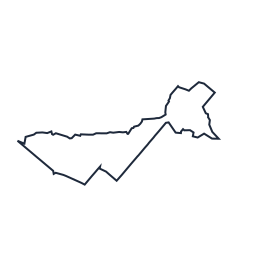 Fulton, Georgia, United States of America, rotated 40°
{"feature_id": "52423323B90883845014784", "entity_name": "Fulton", "entity_type": "district", "adm_level": 2, "iso_a3": "USA", "parent_name": "United States of America", "parent_adm1": "Georgia", "projection": "robinson", "projection_center": [-84.433, 33.844], "detail": "fine", "context": "isolated", "style": "outline", "palette": "slate", "viewbox_px": 256, "rotation_deg": 40, "n_neighbors": 0, "source": "geoboundaries", "source_scale": "gbopen_adm2", "svg_char_len": 1508}
<svg xmlns="http://www.w3.org/2000/svg" viewBox="0 0 256 256"><g transform="rotate(40 128 128)"><path d="M171.7,45.1L167.0,45.1L157.7,45.1L152.8,47.4L151.0,57.0L150.7,60.3L147.3,61.4L140.8,64.0L139.4,63.8L139.4,67.4L139.3,72.5L139.3,75.3L140.9,78.2L141.4,81.0L142.4,81.4L142.9,86.7L146.5,92.0L148.2,93.5L146.6,98.3L145.4,100.4L143.5,102.1L142.1,103.9L133.5,112.1L134.5,114.1L134.7,116.9L134.4,119.5L133.6,120.6L131.8,123.1L132.1,124.5L131.0,125.8L131.9,132.3L131.8,132.5L131.4,132.8L129.2,132.1L126.9,134.6L123.8,136.7L119.7,141.1L116.9,142.8L115.1,145.8L107.0,152.5L105.5,155.6L101.5,158.9L95.9,163.2L96.4,164.7L91.8,167.0L91.4,172.0L90.1,173.4L86.9,173.8L76.1,178.4L75.0,181.3L73.7,181.5L71.5,179.9L69.4,183.8L65.3,186.4L60.8,190.6L60.1,193.6L55.3,200.6L58.7,206.6L51.6,208.8L76.0,208.9L77.9,208.9L98.2,208.9L100.6,210.9L101.4,208.8L108.6,205.5L111.3,204.6L126.1,200.4L128.0,199.9L131.2,199.2L131.2,188.6L131.3,182.7L131.3,180.2L131.4,175.5L132.4,177.3L139.2,175.5L143.2,175.6L153.2,175.7L153.4,167.8L153.4,153.5L153.5,145.1L153.5,143.2L153.6,142.9L153.6,134.5L153.6,132.7L153.6,132.4L153.7,127.8L153.6,126.0L153.6,125.7L153.6,124.8L153.7,118.8L153.6,116.7L153.7,110.9L153.7,105.3L153.7,99.7L155.5,97.6L167.4,100.9L168.1,100.5L171.8,97.9L170.9,96.6L170.9,93.5L172.6,93.6L176.9,89.8L181.1,89.3L183.0,92.7L187.5,90.5L189.9,83.4L199.2,82.1L204.4,77.9L195.1,76.8L188.1,73.2L185.6,69.3L182.5,68.3L182.5,68.2L180.4,66.0L178.1,66.7L171.7,63.7L171.7,45.1Z" fill="none" stroke="#1e293b" stroke-width="2"/></g></svg>